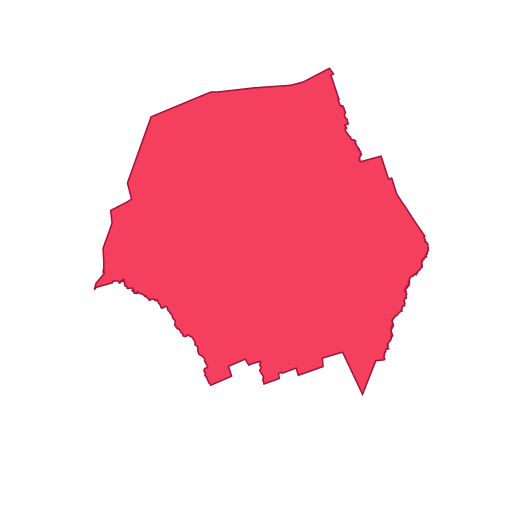 Hidalgo, Tamaulipas, Mexico (Robinson projection), rotated 63°
{"feature_id": "50627088B14720065725755", "entity_name": "Hidalgo", "entity_type": "district", "adm_level": 2, "iso_a3": "MEX", "parent_name": "Mexico", "parent_adm1": "Tamaulipas", "projection": "robinson", "projection_center": [-99.235, 24.164], "detail": "fine", "context": "isolated", "style": "filled", "palette": "rose", "viewbox_px": 512, "rotation_deg": 63, "n_neighbors": 0, "source": "geoboundaries", "source_scale": "gbopen_adm2", "svg_char_len": 6137}
<svg xmlns="http://www.w3.org/2000/svg" viewBox="0 0 512 512"><g transform="rotate(63 256 256)"><path d="M179.6,388.7L192.8,394.6L199.3,398.0L199.2,398.6L200.6,399.3L200.2,398.5L201.2,398.4L202.7,399.3L207.6,410.8L212.6,415.4L211.4,412.4L214.5,397.0L214.8,396.3L214.4,395.7L213.5,395.1L213.5,394.6L214.0,394.0L215.0,391.1L215.8,390.2L217.0,390.1L217.4,389.7L218.0,390.0L218.3,389.7L218.3,389.4L217.2,388.0L216.9,387.2L217.8,387.1L218.1,386.9L218.2,386.3L217.7,385.3L216.6,385.1L216.7,384.6L217.3,384.5L218.7,385.1L219.8,384.9L220.7,385.8L221.1,385.8L221.7,385.2L222.7,386.3L223.0,386.3L223.8,385.6L224.1,384.9L224.5,384.8L225.9,385.4L226.4,385.4L226.8,384.9L228.0,381.2L228.4,380.9L229.4,381.2L230.4,380.5L230.2,381.5L230.6,382.1L231.3,382.0L232.4,380.6L232.7,380.6L233.0,381.3L233.5,381.5L234.2,381.0L234.7,380.0L235.2,379.5L235.3,379.1L234.1,378.3L234.1,377.9L234.5,377.5L235.9,377.3L236.6,376.7L237.8,374.7L238.4,374.7L240.5,373.4L241.2,373.5L241.7,372.1L242.5,372.5L245.5,370.9L246.5,371.4L247.1,371.1L247.2,370.7L247.0,368.8L247.8,367.1L248.3,366.4L249.1,366.0L249.8,366.3L250.4,365.6L250.4,363.8L253.3,364.2L256.3,363.6L258.6,364.1L259.3,363.9L259.9,363.4L260.0,362.7L259.9,361.1L259.4,360.7L259.6,360.1L259.9,359.3L260.4,358.9L261.9,358.5L264.0,359.1L264.8,359.0L265.6,358.6L267.8,358.3L268.4,358.4L270.6,357.6L271.5,357.7L272.4,358.3L273.8,358.3L275.4,358.0L276.9,357.3L280.6,359.7L284.0,359.4L285.3,358.9L286.7,357.6L290.1,357.6L292.3,356.4L293.5,357.2L294.1,357.2L295.5,355.9L295.8,355.2L295.9,354.1L295.3,353.8L295.1,353.3L295.2,352.7L295.7,352.2L297.8,351.1L298.9,350.1L300.1,349.7L304.1,349.4L305.2,349.4L307.0,350.6L307.9,350.5L309.6,349.4L310.6,349.2L314.8,351.2L317.2,351.4L317.9,351.3L320.4,349.6L323.1,348.6L324.5,348.6L326.0,349.4L326.9,349.6L330.6,349.2L332.8,349.6L333.2,351.1L332.9,352.4L333.2,353.1L334.2,354.2L335.1,354.7L337.3,354.3L338.3,354.8L339.1,355.8L341.6,355.1L347.2,355.6L348.1,355.4L349.6,354.8L350.6,355.0L352.0,332.2L341.8,330.6L343.0,312.5L350.0,311.9L350.3,307.6L351.9,300.0L352.3,300.1L352.2,300.4L352.4,300.5L353.2,300.4L353.2,300.7L353.6,301.0L353.9,301.0L354.7,301.9L354.7,302.2L355.1,302.3L357.7,302.0L358.5,302.8L359.4,304.6L359.7,304.9L360.5,304.6L363.3,304.6L363.3,304.4L367.0,304.2L368.8,305.4L368.8,305.8L370.1,306.4L370.2,306.2L373.7,307.0L375.7,290.8L370.9,289.3L371.3,285.9L372.4,285.7L374.1,271.1L381.5,272.5L385.0,246.5L377.1,243.2L380.0,227.4L381.1,222.5L427.6,223.9L403.7,196.8L406.7,189.0L406.5,188.3L406.0,187.9L404.8,188.1L402.7,187.0L402.7,186.5L400.9,185.5L400.0,184.2L400.1,183.9L399.3,183.8L398.7,183.3L398.4,181.9L398.4,181.2L398.7,181.0L398.7,179.9L397.8,180.2L397.1,180.0L396.9,180.2L396.6,179.7L396.2,179.7L396.1,179.0L395.6,179.1L395.3,178.9L394.8,179.2L394.0,179.1L394.1,178.1L393.7,177.9L392.8,175.8L392.8,175.5L391.9,174.0L391.4,173.9L391.3,173.3L390.7,173.1L390.5,172.5L389.5,172.4L389.5,171.6L389.1,171.8L388.7,171.4L388.9,170.5L388.3,170.6L387.6,170.2L387.0,170.3L386.8,170.0L386.2,169.9L385.3,170.3L385.0,170.0L384.4,170.1L384.0,169.4L383.0,169.3L382.6,169.0L382.3,167.8L381.7,168.1L381.2,167.4L380.3,167.2L380.2,166.9L380.6,166.5L381.2,166.5L381.4,166.2L380.3,165.1L378.6,165.0L378.6,164.6L377.3,164.7L376.9,164.4L376.6,164.7L376.1,164.2L375.4,164.1L375.1,163.4L374.7,163.5L374.7,163.0L374.3,162.7L374.3,162.2L373.9,162.1L373.9,161.2L373.5,161.0L373.2,159.5L372.7,159.2L373.0,158.5L372.6,158.1L372.8,157.1L372.6,156.4L372.0,155.7L371.0,152.3L370.7,152.1L370.7,151.2L371.2,150.8L369.4,150.3L369.2,149.8L367.9,149.1L367.5,147.9L367.6,146.9L367.2,146.5L367.6,146.3L367.6,146.0L366.5,145.8L366.1,144.9L364.4,144.9L364.1,144.4L362.8,144.4L362.6,144.0L362.0,143.5L361.8,141.2L361.2,140.8L360.6,141.1L360.0,140.5L359.6,140.5L359.2,140.1L358.9,139.3L357.7,139.2L357.4,138.8L356.5,138.5L355.8,138.7L355.2,138.3L354.8,138.4L355.0,139.0L354.4,138.8L353.7,138.9L353.9,138.4L353.5,138.0L353.4,137.0L352.6,136.8L353.0,136.1L352.3,135.7L352.4,135.1L352.0,135.1L351.6,135.8L351.3,135.8L351.4,135.1L352.0,134.6L352.0,134.0L351.1,133.6L351.6,133.2L351.5,132.9L350.9,132.9L350.7,132.0L349.5,131.8L349.1,131.2L348.5,131.9L348.2,130.8L347.4,130.7L347.2,130.2L346.5,129.8L345.7,129.6L345.6,128.6L344.7,126.8L345.2,125.6L345.2,125.2L344.0,123.6L344.1,123.3L344.6,123.2L344.4,122.4L344.7,122.3L344.8,121.9L345.2,121.8L344.9,121.5L344.9,121.0L344.6,120.9L344.6,120.4L344.0,120.0L344.0,119.5L343.4,119.4L342.9,118.2L343.0,117.7L342.6,117.1L342.7,116.1L342.2,115.8L341.7,114.2L341.1,113.5L341.2,112.8L340.3,112.4L339.5,112.8L339.3,112.7L339.0,111.9L337.9,112.1L336.9,111.0L336.9,110.4L336.0,109.7L335.0,110.0L335.2,109.1L334.6,108.6L334.6,108.1L335.0,107.5L333.8,106.7L333.9,106.2L333.6,105.3L334.2,104.8L333.8,104.3L332.7,104.4L332.3,103.6L331.9,103.6L331.8,102.5L331.6,102.1L331.2,102.0L330.7,102.4L329.6,100.8L329.4,99.9L327.7,99.8L327.6,99.1L323.7,97.9L323.2,97.4L320.2,98.1L320.2,98.7L319.9,99.0L319.5,98.9L318.2,97.9L317.3,97.7L316.3,98.1L315.0,97.3L315.0,96.6L295.5,99.1L278.1,100.8L277.6,101.6L277.7,101.1L264.8,102.5L248.1,99.7L247.7,103.0L223.8,99.2L219.5,119.8L217.9,120.4L217.8,120.1L217.6,120.2L216.9,119.5L216.6,119.8L215.5,119.2L213.8,117.1L213.8,116.5L213.3,115.8L211.3,116.2L211.2,115.6L210.8,115.4L209.7,115.8L208.7,115.8L208.4,115.6L208.0,116.0L207.3,115.6L207.2,116.3L206.3,116.0L206.0,116.3L205.7,116.2L205.0,115.8L204.2,116.3L202.0,116.2L201.7,115.9L200.8,116.4L199.9,116.1L199.0,114.9L198.5,115.4L197.1,115.7L197.1,116.5L196.8,117.1L196.2,117.2L196.1,117.5L195.4,118.1L192.8,117.9L189.8,119.1L189.4,118.7L188.3,118.8L187.4,119.3L183.5,119.2L182.6,117.9L182.5,117.4L183.3,117.8L183.2,117.1L182.6,117.0L180.8,117.6L179.7,117.4L179.7,116.5L180.3,114.5L180.0,113.8L178.6,113.5L177.7,113.6L176.4,112.8L175.4,112.8L174.0,113.6L171.2,113.5L170.2,113.1L168.9,111.2L168.2,111.0L165.9,111.1L164.3,110.4L163.0,111.2L162.0,110.4L161.7,110.5L161.1,111.1L160.5,112.5L156.8,112.3L154.1,111.9L154.2,111.0L131.4,107.5L129.1,107.6L129.0,104.3L122.1,105.3L122.4,134.8L119.6,147.7L105.1,181.9L92.2,216.4L89.6,221.1L88.8,228.4L84.4,286.3L132.6,337.4L148.9,341.1L149.4,347.5L149.4,364.8L161.1,369.2L164.2,372.2L179.6,388.7Z" fill="#f43f5e" stroke="#9f1239" stroke-width="1.5"/></g></svg>